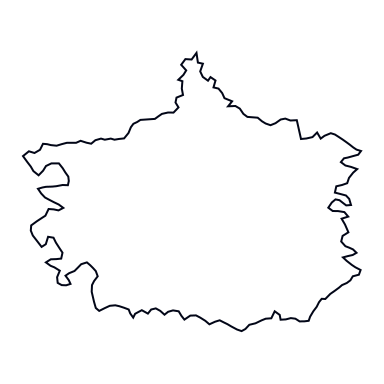 the district of Tenente Portela, Rio Grande do Sul, Brazil
{"feature_id": "56859067B44510514495911", "entity_name": "Tenente Portela", "entity_type": "district", "adm_level": 2, "iso_a3": "BRA", "parent_name": "Brazil", "parent_adm1": "Rio Grande do Sul", "projection": "mercator", "projection_center": [-53.772, -27.358], "detail": "fine", "context": "isolated", "style": "outline", "palette": "ink", "viewbox_px": 384, "rotation_deg": 0, "n_neighbors": 0, "source": "geoboundaries", "source_scale": "gbopen_adm2", "svg_char_len": 3185}
<svg xmlns="http://www.w3.org/2000/svg" viewBox="0 0 384 384"><path d="M196.5,52.9L191.6,59.5L185.4,59.1L181.2,64.8L186.2,70.4L183.4,74.9L178.3,79.8L182.4,81.2L181.8,88.6L183.0,95.0L176.5,97.6L175.5,102.5L178.5,107.4L173.5,112.6L168.1,112.5L161.9,113.9L158.3,116.4L154.9,118.9L140.4,119.9L137.2,122.0L133.4,123.8L130.9,127.2L128.5,133.0L124.1,138.4L118.7,139.0L114.5,139.7L110.8,138.6L104.8,139.7L101.0,138.6L95.4,140.2L91.2,143.7L86.5,142.7L80.6,140.8L76.1,142.8L71.5,142.8L66.9,142.8L61.9,144.1L56.6,145.7L50.9,145.1L47.3,144.2L43.0,143.8L40.0,149.8L34.5,153.0L28.9,151.3L23.0,156.1L27.2,161.9L30.8,166.6L33.4,171.1L38.6,175.3L43.1,170.7L46.0,166.0L51.4,163.4L58.9,163.4L62.7,168.2L65.3,172.4L68.3,176.6L68.8,181.0L67.9,185.2L62.6,185.0L56.3,186.2L52.2,186.6L46.0,186.8L42.4,187.5L38.0,188.8L41.2,193.5L45.0,197.5L48.7,199.5L53.7,202.1L58.7,204.5L63.3,207.9L58.5,210.4L53.8,209.4L48.6,209.0L45.4,215.7L42.1,217.8L36.8,221.3L31.2,225.4L30.8,230.6L32.8,235.5L36.6,240.4L41.6,246.9L45.8,244.2L48.1,236.8L53.5,237.7L55.9,242.6L59.5,248.2L62.5,252.7L61.2,258.6L56.3,259.1L50.8,259.3L45.9,262.4L50.6,265.8L54.3,267.3L59.8,270.7L57.1,277.2L57.7,282.9L61.7,285.1L66.1,285.3L70.5,283.9L68.8,280.2L65.5,275.7L69.1,273.2L74.5,271.0L77.7,267.8L81.2,264.2L86.9,262.4L90.3,265.3L93.0,268.0L95.8,271.1L97.7,276.3L94.1,281.0L92.0,285.1L91.7,291.8L94.0,301.7L95.8,308.0L99.2,310.9L104.8,308.1L109.8,305.8L115.3,305.3L119.3,306.2L123.9,307.7L128.7,309.5L130.2,313.4L133.2,317.6L135.1,313.8L138.4,312.0L141.8,310.2L147.9,313.6L151.2,309.5L155.8,308.4L160.3,310.9L164.5,314.7L168.1,311.8L173.0,310.4L178.7,311.3L181.4,315.8L184.4,319.6L190.3,315.6L196.0,315.4L200.2,317.6L205.3,320.8L209.4,324.3L215.1,321.7L219.7,320.3L223.6,322.3L227.5,324.2L231.2,326.4L237.0,329.5L241.6,331.1L245.4,329.0L249.3,324.8L255.5,323.3L261.7,320.3L265.7,318.7L271.3,318.3L274.7,311.3L279.7,314.9L280.6,319.7L285.8,319.4L290.8,318.1L295.4,318.7L299.6,321.4L304.6,321.3L308.7,320.8L310.1,316.7L313.3,311.3L316.7,306.8L319.0,302.2L321.7,298.8L325.3,299.0L330.3,293.9L334.9,290.7L339.1,287.6L342.0,285.1L346.8,283.0L350.4,280.3L352.8,276.3L358.9,274.7L360.6,270.0L355.4,267.3L351.8,264.9L346.6,260.8L343.0,257.4L347.8,256.1L352.7,255.0L356.5,252.8L353.0,249.4L349.5,247.8L345.4,246.2L341.2,241.5L342.6,235.9L348.4,232.3L345.0,224.5L341.6,218.7L348.2,216.6L344.4,212.1L338.2,211.1L332.7,211.0L328.3,207.7L331.8,202.5L335.5,199.4L339.5,200.2L343.2,203.1L346.2,205.4L351.0,205.0L349.2,198.9L346.0,195.5L340.0,193.9L334.9,192.6L336.3,186.3L342.0,185.0L347.2,183.2L349.0,177.9L353.2,172.6L357.2,169.1L351.0,166.9L345.4,165.5L340.9,162.1L344.0,158.3L347.6,157.6L354.1,155.8L358.2,154.7L361.0,151.0L356.5,149.6L353.2,147.4L349.8,144.7L346.4,142.2L342.6,139.5L338.2,136.6L334.9,134.5L330.8,133.2L324.5,135.8L320.7,138.6L317.1,132.5L312.5,137.1L306.3,138.5L301.0,139.0L296.8,120.2L290.4,120.5L285.3,118.6L280.7,119.5L275.5,123.2L270.5,125.2L265.6,123.5L262.0,121.3L257.7,117.7L247.4,116.9L243.4,113.9L239.8,108.6L235.4,106.0L228.1,106.3L232.1,101.3L224.5,98.2L222.2,93.1L218.5,88.6L213.5,87.4L215.5,80.5L210.5,77.1L208.0,80.7L202.8,76.9L200.2,71.4L202.9,63.7L197.9,62.6L196.5,52.9Z" fill="none" stroke="#020617" stroke-width="2"/></svg>